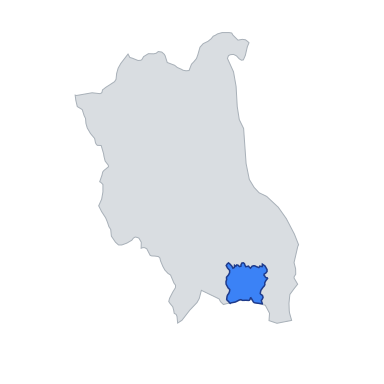 Bulgaria, with Varna highlighted, rotated 75°
{"feature_id": "BGR-2260", "entity_name": "Varna", "entity_type": "Province", "adm_level": 1, "iso_a3": "BGR", "parent_name": "Bulgaria", "parent_adm1": "", "projection": "equal_earth", "projection_center": [27.58, 43.197], "detail": "fine", "context": "in_parent", "style": "filled", "palette": "blue", "viewbox_px": 384, "rotation_deg": 75, "n_neighbors": 0, "source": "natural_earth", "source_scale": "10m", "svg_char_len": 3591}
<svg xmlns="http://www.w3.org/2000/svg" viewBox="0 0 384 384"><g transform="rotate(75 192 192)"><path d="M314.9,239.8L308.4,238.7L306.1,239.0L304.6,240.6L301.6,240.3L297.9,240.3L293.9,242.1L291.8,242.8L288.9,241.2L283.5,236.3L280.2,232.8L277.8,232.0L275.3,233.0L266.6,234.2L264.5,236.2L260.4,238.4L256.4,239.4L250.5,240.2L247.5,240.1L245.7,241.1L244.3,244.4L243.3,247.5L242.4,248.8L235.1,250.4L233.5,252.2L233.0,254.0L233.2,255.7L227.4,254.0L222.9,255.2L221.8,256.5L220.8,258.5L221.4,260.6L223.0,262.6L224.5,268.1L225.0,273.6L224.1,276.7L220.7,278.9L213.8,281.3L207.1,280.2L204.1,281.2L199.1,281.5L194.6,282.1L187.5,284.4L181.2,285.7L175.5,281.1L168.8,278.0L161.7,276.1L159.2,277.5L158.2,278.5L152.3,274.5L149.6,273.1L148.4,271.5L146.0,266.1L144.5,265.9L139.6,267.9L134.9,267.8L132.0,267.5L123.6,267.7L122.4,271.4L121.4,272.0L119.5,272.5L115.1,272.2L109.3,274.9L103.1,276.6L98.3,276.7L93.4,275.8L90.4,276.4L84.0,276.7L79.8,280.7L73.5,280.5L68.2,279.8L68.9,278.5L70.3,262.8L73.1,255.7L73.1,254.3L72.5,253.2L70.2,252.0L68.6,248.2L65.4,238.3L63.5,236.2L58.0,234.1L53.3,231.3L49.4,227.5L42.2,218.1L46.0,217.2L47.1,215.3L51.0,210.1L51.5,207.6L51.2,206.2L48.7,203.7L47.1,198.3L48.6,193.3L48.7,190.7L47.6,188.2L49.0,185.0L51.7,183.2L53.4,182.7L60.5,182.4L65.1,176.0L67.9,174.0L70.8,170.4L72.1,169.1L73.4,166.3L73.9,163.4L68.4,159.4L66.6,156.4L64.2,153.1L60.9,150.8L54.2,146.8L51.6,142.8L50.6,137.6L48.9,133.7L47.0,131.2L46.7,129.1L45.9,126.5L45.8,121.5L47.6,114.9L48.7,112.5L51.0,111.9L57.2,108.3L57.6,103.8L58.8,101.0L60.8,99.4L62.6,98.3L65.9,100.9L73.8,105.1L77.7,108.2L77.5,110.1L75.6,111.9L72.0,113.8L69.9,116.2L69.3,119.2L69.7,121.4L72.1,123.2L86.7,120.8L101.5,122.1L121.2,126.2L134.3,127.6L144.0,125.7L162.0,129.2L178.6,132.4L194.7,133.4L203.7,130.8L210.1,127.4L215.6,121.0L229.1,112.6L242.1,107.8L259.2,104.0L270.5,102.7L272.1,104.0L286.6,111.7L293.0,111.8L298.3,113.1L300.2,115.2L301.5,115.7L308.4,113.8L311.5,118.0L316.3,124.0L324.5,127.1L331.8,128.8L334.1,129.1L341.8,129.0L340.8,143.9L336.2,150.9L329.2,148.5L320.4,150.5L315.7,158.4L313.0,160.8L310.6,163.5L309.1,173.8L308.8,190.8L305.4,192.8L302.3,193.5L289.4,208.4L296.8,212.6L300.1,215.8L305.6,224.8L313.3,234.9L314.9,239.8Z" fill="#d9dde1" stroke="#a8b0b8" stroke-width="1"/><path d="M318.2,153.0L315.5,159.6L314.9,160.6L314.0,161.2L310.8,162.0L310.2,162.4L309.9,162.5L309.4,162.5L309.4,162.9L311.1,164.1L311.4,164.6L311.4,165.3L310.5,168.0L309.8,171.1L309.5,171.6L309.0,172.1L308.7,172.5L308.5,173.2L308.6,174.6L309.3,177.5L309.5,178.7L309.2,183.0L309.5,183.9L308.5,184.6L308.2,184.6L307.0,185.1L306.0,186.0L304.6,186.3L303.2,185.7L301.8,185.1L300.6,184.2L299.6,182.9L298.4,181.9L297.2,181.2L295.9,180.8L294.1,181.9L289.9,182.9L287.5,182.4L285.3,181.1L284.2,181.0L283.2,180.7L281.7,178.4L279.8,176.6L277.5,175.9L274.6,177.4L271.9,178.0L270.6,176.6L269.9,175.1L271.1,174.2L273.9,172.7L276.2,172.2L275.9,170.7L273.8,169.9L275.1,168.9L274.0,167.6L274.8,166.3L276.3,165.5L276.4,164.0L274.8,163.4L273.5,162.2L273.7,160.7L274.8,159.9L276.5,159.8L278.1,159.4L278.2,158.2L278.2,156.6L279.5,156.1L280.7,155.2L280.0,154.2L279.2,153.1L279.2,151.5L279.6,150.4L280.6,149.3L282.3,147.0L281.7,146.1L281.1,145.6L281.7,144.9L282.2,143.5L279.9,142.7L282.4,140.6L286.3,139.6L288.2,140.1L289.6,142.0L289.9,143.5L291.1,144.0L291.6,143.8L292.0,143.4L292.9,143.3L293.8,142.8L294.3,141.6L295.1,141.4L296.7,143.6L298.6,145.3L300.4,145.6L301.6,146.7L302.5,148.2L304.9,151.0L307.7,152.4L308.7,152.0L309.4,151.2L310.8,150.6L312.3,150.7L313.7,151.9L314.6,153.1L316.3,153.1L318.0,152.9L318.2,153.0Z" fill="#3b82f6" stroke="#1e3a8a" stroke-width="1.5"/></g></svg>